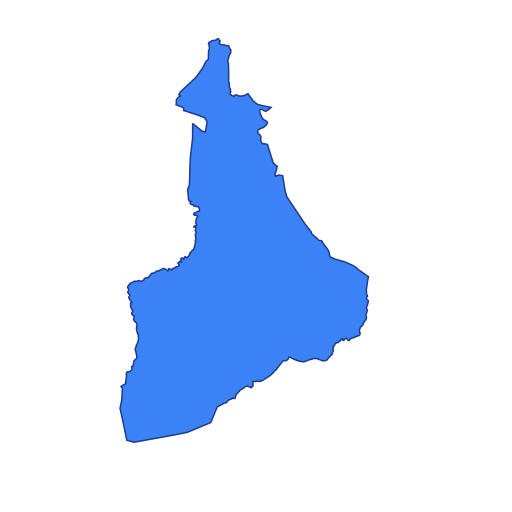 Kaiti, Eastern, Kenya, rotated 281°
{"feature_id": "3690345B42792892468176", "entity_name": "Kaiti", "entity_type": "district", "adm_level": 2, "iso_a3": "KEN", "parent_name": "Kenya", "parent_adm1": "Eastern", "projection": "albers", "projection_center": [37.461, -1.788], "detail": "fine", "context": "isolated", "style": "filled", "palette": "blue", "viewbox_px": 512, "rotation_deg": 281, "n_neighbors": 0, "source": "geoboundaries", "source_scale": "gbopen_adm2", "svg_char_len": 6162}
<svg xmlns="http://www.w3.org/2000/svg" viewBox="0 0 512 512"><g transform="rotate(281 256 256)"><path d="M404.8,242.4L404.7,238.1L405.0,228.9L407.6,223.8L413.8,217.1L411.7,214.6L410.6,212.4L410.2,211.0L409.9,209.5L409.9,208.1L410.3,206.7L410.3,205.4L409.7,204.5L408.6,203.7L409.1,201.1L409.9,200.0L410.9,199.4L412.7,199.8L413.7,199.3L414.9,199.1L415.9,198.1L418.3,197.3L420.2,196.9L421.6,196.1L422.9,195.7L432.3,193.9L440.1,192.1L442.2,190.9L444.2,191.2L447.5,191.4L450.4,192.4L453.5,192.0L454.1,191.2L455.1,190.4L457.2,189.1L457.1,187.8L456.9,186.8L456.9,185.8L457.2,184.6L456.8,182.7L456.9,181.4L457.2,180.3L457.8,179.1L459.0,179.6L460.2,179.8L460.8,178.8L462.1,177.8L461.8,176.7L460.1,175.0L459.5,174.0L459.4,172.6L458.7,171.3L457.6,170.5L457.0,169.3L456.1,169.0L455.2,168.8L454.6,169.8L453.4,169.8L451.5,170.6L449.7,170.6L448.4,170.3L440.4,171.6L439.5,171.4L437.9,170.1L436.8,169.5L435.6,169.2L434.5,168.8L431.8,168.3L430.8,167.9L419.9,163.0L403.3,150.9L401.6,150.0L399.6,149.5L398.7,151.4L397.9,150.9L397.5,150.0L396.9,149.2L394.6,148.2L393.4,148.0L391.8,148.5L389.2,148.7L387.7,156.6L385.0,157.3L383.5,169.9L382.1,179.0L378.2,182.5L368.2,182.6L368.2,179.3L373.5,169.6L373.6,168.6L359.4,171.3L341.2,172.7L335.4,173.4L314.8,176.8L313.1,177.0L310.9,176.7L308.6,176.3L307.6,176.2L302.1,178.1L299.9,178.5L298.6,179.0L297.3,179.8L297.2,181.6L296.3,181.5L295.1,181.2L294.3,182.4L294.3,184.4L293.0,185.5L293.8,187.3L293.1,188.2L293.3,189.8L292.6,190.7L291.6,191.4L290.1,191.8L289.0,191.6L288.8,190.7L288.3,189.8L287.3,188.8L286.4,187.2L285.2,186.7L284.2,188.0L284.5,190.2L283.7,191.1L282.6,191.0L281.4,190.2L279.8,190.4L277.2,190.4L275.0,191.9L274.3,191.2L273.7,189.8L272.6,189.4L272.8,190.9L272.4,191.9L270.9,191.6L269.3,191.5L268.5,192.5L267.5,192.9L265.3,192.3L262.5,193.3L260.8,193.7L259.5,193.4L257.7,194.0L256.3,193.9L254.8,194.1L250.1,193.4L249.6,192.5L247.5,191.5L246.6,190.7L245.3,190.3L244.1,190.5L241.6,188.9L241.3,187.7L241.8,186.5L240.9,185.8L239.9,185.8L239.0,185.5L239.8,184.4L239.8,183.1L238.1,182.8L237.0,183.6L235.8,183.9L236.1,182.1L234.9,181.4L234.1,180.6L233.0,182.0L231.9,182.2L231.1,181.5L229.6,179.0L228.5,178.2L228.2,177.1L226.2,175.8L226.9,174.8L226.7,173.6L226.8,172.5L225.6,172.7L224.5,172.4L224.8,171.3L225.5,170.3L226.1,168.8L226.1,167.7L224.5,165.3L222.6,162.9L222.2,161.2L220.2,159.7L219.7,158.7L219.5,157.6L218.7,156.5L217.2,156.0L215.1,154.6L214.2,154.3L213.8,153.3L213.5,152.1L212.8,150.9L210.9,150.3L209.5,148.8L209.3,147.9L209.4,145.5L208.3,143.3L208.2,141.9L207.5,140.8L206.4,139.5L205.7,138.2L203.7,136.9L201.2,135.8L200.1,136.3L199.0,137.5L197.4,137.4L196.0,137.0L194.6,138.1L194.0,139.4L192.6,139.6L191.7,139.1L190.7,139.0L189.8,140.1L188.8,140.5L187.6,142.3L186.9,143.0L186.3,142.2L185.3,141.9L184.4,142.3L183.2,142.3L182.0,142.9L180.9,143.4L179.1,145.2L177.8,145.5L176.6,144.8L175.5,145.0L174.8,145.9L174.1,146.5L173.6,147.9L172.1,148.1L170.7,148.0L169.7,148.3L168.8,149.1L167.6,151.2L166.3,152.4L164.9,152.1L163.7,152.5L162.4,152.4L161.0,152.8L159.7,153.3L158.7,153.8L157.7,154.2L156.2,155.6L155.2,155.6L152.8,156.4L149.5,156.5L148.1,156.3L145.6,155.5L144.2,155.6L141.6,155.1L135.8,157.8L133.3,158.6L131.6,157.6L130.2,156.3L128.5,156.2L124.7,156.4L123.7,155.0L122.5,155.6L121.2,155.8L119.8,155.3L119.1,154.6L118.4,153.7L117.9,152.9L117.6,151.5L115.5,151.0L114.2,151.7L110.4,152.0L107.8,152.1L106.3,152.4L105.2,151.9L104.2,150.5L102.3,148.4L100.2,150.3L99.1,150.3L89.4,151.7L80.5,151.6L67.6,157.2L50.5,164.3L49.9,171.8L65.7,212.3L69.7,222.0L83.9,243.4L100.8,246.8L101.4,247.9L104.4,251.8L105.3,252.2L106.1,254.5L106.9,255.3L107.8,255.6L108.9,256.3L110.0,257.4L110.6,258.8L111.3,259.6L112.2,260.3L111.9,261.7L112.5,262.7L114.9,262.7L116.4,263.1L117.3,263.6L118.2,264.4L119.3,264.8L120.1,265.5L121.0,265.9L121.8,266.4L122.7,267.6L124.3,269.3L125.3,270.1L126.5,271.4L126.5,272.7L126.2,275.1L125.7,276.4L126.6,276.9L127.5,277.8L128.8,277.7L132.2,276.9L132.6,279.3L133.2,280.6L133.5,282.6L133.9,284.6L136.1,287.3L141.7,293.0L145.1,295.5L146.9,296.1L148.1,297.6L150.3,298.4L151.5,299.1L153.9,300.2L154.9,300.9L156.9,301.7L157.8,302.3L158.5,303.2L159.0,305.5L159.7,306.3L160.7,307.1L163.5,307.7L162.5,310.6L161.7,314.1L161.1,317.3L161.1,321.6L161.3,323.4L162.4,325.3L163.4,326.6L164.5,328.5L165.4,330.6L166.4,332.1L166.9,335.4L165.8,341.8L166.7,344.3L167.3,345.3L168.4,346.0L170.7,347.0L171.5,347.9L172.9,348.6L174.0,349.5L175.1,349.3L176.3,349.7L177.7,349.9L179.0,349.7L179.9,349.2L181.1,349.1L183.9,350.3L184.9,350.2L185.6,350.8L186.9,353.4L188.3,354.0L188.9,355.1L189.8,355.3L191.0,355.8L191.3,356.7L190.3,357.1L189.7,357.8L190.4,358.6L191.2,359.1L192.3,359.6L192.4,360.5L191.6,361.5L190.9,362.4L190.7,363.6L192.0,364.0L192.9,364.8L194.0,365.9L194.4,367.7L195.3,368.5L196.2,369.8L197.4,372.1L198.1,372.7L199.7,373.1L200.8,372.3L203.6,371.6L205.0,372.1L206.1,372.1L207.5,373.3L208.4,373.9L211.1,374.5L212.5,375.0L214.0,375.9L215.4,376.2L216.5,376.2L217.4,376.0L218.8,375.2L220.1,375.1L221.2,375.4L222.3,375.6L223.7,375.6L225.3,374.9L226.5,374.2L229.5,374.8L233.6,374.9L234.1,373.5L235.6,372.5L236.9,372.5L237.8,373.1L238.7,372.7L240.3,371.6L242.4,371.2L243.5,370.8L252.8,370.3L257.4,370.3L257.5,369.4L259.8,364.4L262.0,359.3L263.3,357.4L265.1,353.3L266.6,346.9L267.3,343.1L268.0,334.3L268.7,331.8L269.0,329.4L270.7,328.1L272.8,327.4L273.9,326.9L275.8,325.4L279.2,321.8L280.2,320.6L281.1,319.8L281.8,318.8L282.9,318.3L283.4,317.5L283.5,316.2L283.3,315.2L283.7,314.0L284.6,313.2L287.4,308.1L288.7,306.3L290.0,305.7L291.5,304.1L296.6,298.2L319.0,276.0L320.7,274.6L325.7,272.1L339.9,266.9L339.9,263.7L339.7,262.6L338.1,260.0L339.2,259.3L340.5,259.0L342.7,259.6L348.2,259.7L348.4,258.5L349.3,257.6L349.9,256.6L350.2,255.3L351.3,254.8L367.6,246.0L367.8,244.9L367.8,243.6L367.8,242.6L367.5,240.9L368.4,239.7L369.6,238.9L371.2,238.3L373.4,238.2L374.4,237.9L375.1,237.2L377.4,234.3L378.4,233.7L380.2,234.1L381.5,235.6L382.8,237.4L383.3,238.4L383.9,239.1L386.4,241.0L388.5,241.9L390.0,241.2L391.5,237.2L392.5,235.9L394.8,234.2L397.9,232.3L399.0,232.0L399.9,232.0L400.9,232.6L401.2,233.5L400.4,235.4L400.1,236.4L399.9,237.7L400.6,238.9L401.9,240.2L403.3,241.5L404.8,242.4Z" fill="#3b82f6" stroke="#1e3a8a" stroke-width="1.5"/></g></svg>